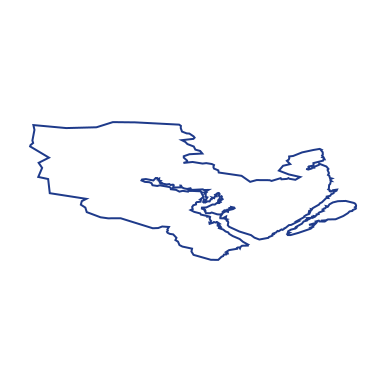 the district of Vevelstad nor, Nordland, Norway, rotated 184°
{"feature_id": "86288312B90944773523196", "entity_name": "Vevelstad nor", "entity_type": "district", "adm_level": 2, "iso_a3": "NOR", "parent_name": "Norway", "parent_adm1": "Nordland", "projection": "equal_earth", "projection_center": [12.558, 65.653], "detail": "fine", "context": "isolated", "style": "outline", "palette": "blue", "viewbox_px": 384, "rotation_deg": 184, "n_neighbors": 0, "source": "geoboundaries", "source_scale": "gbopen_adm2", "svg_char_len": 5983}
<svg xmlns="http://www.w3.org/2000/svg" viewBox="0 0 384 384"><g transform="rotate(184 192 192)"><path d="M161.1,126.1L158.0,129.5L156.5,130.2L155.8,131.8L153.6,132.1L153.6,132.7L152.0,133.1L152.4,134.1L153.8,134.5L151.0,136.6L143.1,138.5L143.3,139.3L142.3,139.9L140.9,140.0L140.2,139.1L139.8,140.6L138.3,141.9L131.7,142.5L133.6,142.9L132.5,143.5L137.7,145.9L141.1,148.4L148.3,150.9L152.0,152.8L153.0,154.2L155.8,155.0L158.2,156.7L162.7,157.9L162.5,158.6L160.8,159.1L161.7,160.1L162.9,160.0L162.6,160.8L164.1,160.6L164.1,161.5L163.3,161.5L163.4,162.8L164.0,162.9L163.4,162.9L164.9,163.8L166.0,163.8L165.4,163.5L166.2,163.2L168.8,163.7L168.3,163.4L168.7,162.9L172.2,161.5L172.5,162.5L172.0,162.4L170.9,164.4L171.9,165.4L172.5,166.6L172.2,168.4L172.8,168.7L174.7,168.5L174.5,169.0L181.6,170.1L182.3,171.2L188.3,172.3L192.1,173.9L190.1,175.0L190.8,177.1L189.7,178.9L187.1,179.9L187.3,181.4L186.6,182.2L182.8,182.9L182.5,185.1L183.2,185.2L180.2,187.9L182.6,191.9L182.3,192.5L183.7,193.3L191.7,193.1L195.8,192.8L196.0,192.1L201.3,192.5L204.6,191.5L208.0,193.0L213.3,193.3L213.6,194.8L215.1,195.4L224.6,196.4L227.1,195.6L231.9,196.0L233.0,198.0L235.3,198.8L239.7,198.8L243.2,200.0L242.7,201.0L238.9,201.7L231.3,200.8L229.2,203.4L227.7,203.5L227.3,202.2L225.7,203.1L225.8,201.2L224.7,201.0L225.4,200.6L224.4,200.0L224.9,200.0L224.8,199.0L224.0,198.5L217.8,197.8L215.1,198.3L213.9,197.5L211.5,198.0L210.7,197.5L210.9,196.2L211.6,195.9L211.0,196.0L211.2,195.2L203.5,195.8L204.0,197.6L203.4,197.6L202.2,195.8L199.9,195.0L197.1,194.7L194.9,195.3L195.2,194.8L193.5,195.0L192.1,194.1L181.4,195.4L180.2,194.8L175.8,195.2L177.1,194.3L178.4,194.4L178.7,193.0L179.5,192.6L177.8,192.4L179.1,191.1L178.2,191.0L178.0,188.1L176.3,187.7L177.3,185.8L178.3,185.2L179.6,185.6L180.2,182.8L179.7,182.4L177.6,183.6L177.6,182.7L175.7,183.8L173.8,183.8L172.6,186.3L171.8,186.3L171.6,187.5L171.0,187.5L171.3,187.8L169.4,187.4L169.0,189.1L167.3,189.4L168.5,190.8L167.1,191.1L167.3,192.0L165.8,192.9L165.0,192.8L164.3,191.9L165.2,190.6L164.1,189.1L162.3,189.9L162.0,189.5L162.6,188.9L162.0,188.3L162.4,186.6L160.2,187.4L162.5,185.9L164.1,187.1L165.2,185.8L165.3,184.7L163.4,185.2L162.7,184.1L164.1,183.8L164.0,182.9L166.5,182.7L168.3,181.1L170.8,180.9L176.6,177.6L181.0,177.1L181.0,176.1L177.8,175.2L177.4,174.4L178.1,174.3L176.6,171.8L172.5,172.1L170.9,172.9L165.3,171.5L162.5,171.5L160.6,172.2L159.7,173.5L160.1,174.2L158.4,176.0L155.4,176.2L155.5,176.8L153.8,177.2L153.7,178.6L151.5,179.1L151.8,179.8L148.8,179.4L148.4,178.8L149.9,177.8L154.5,176.4L154.7,174.7L156.7,175.2L159.6,173.4L161.9,169.5L161.7,168.3L162.7,167.8L159.7,167.8L156.3,169.9L156.4,168.8L157.7,167.7L155.2,167.2L155.9,166.8L155.3,165.7L154.2,165.4L153.7,164.2L154.0,161.4L152.6,159.9L142.0,155.9L130.1,153.1L126.5,150.8L121.5,149.3L112.6,151.6L112.1,152.5L108.8,154.0L108.9,154.9L107.5,155.6L108.1,156.2L105.3,157.5L104.0,159.1L102.8,158.9L100.1,160.9L98.8,160.8L99.9,160.3L98.6,160.8L97.2,162.0L97.9,162.1L96.3,162.6L93.0,165.7L90.8,166.1L83.8,170.2L85.4,170.3L78.6,174.6L78.4,175.5L76.3,177.1L73.4,178.4L72.5,180.9L74.0,180.0L73.8,181.4L72.0,182.1L71.5,182.6L71.9,183.2L71.0,183.1L70.6,184.2L64.3,188.4L63.8,189.5L61.7,190.8L57.5,195.5L55.5,195.5L55.8,196.1L57.2,196.2L57.3,196.8L53.8,197.9L53.1,199.4L50.7,200.7L50.7,201.8L47.9,203.4L47.5,204.5L51.6,203.6L53.4,202.1L54.6,202.4L54.6,203.3L56.2,204.1L55.7,204.7L55.7,208.5L54.7,209.7L54.3,212.7L53.8,212.7L54.8,213.4L54.9,214.4L53.4,215.2L55.4,215.6L56.2,217.8L57.5,218.5L56.7,220.4L58.3,223.4L57.5,224.5L59.7,226.8L67.1,229.1L67.3,227.9L71.9,225.6L71.7,224.8L73.9,224.5L74.2,223.8L77.6,222.5L79.8,223.0L78.4,222.8L77.1,223.6L77.5,224.8L76.9,224.8L77.0,225.7L73.2,226.7L72.6,227.4L72.9,229.3L63.5,232.4L63.1,233.7L62.0,233.8L63.0,235.5L64.4,235.8L63.8,236.5L64.8,237.5L64.1,238.4L64.4,240.8L66.4,242.9L65.9,243.2L67.6,243.9L73.8,242.4L84.9,239.2L93.6,235.0L97.6,234.2L97.3,232.5L97.8,231.0L99.5,229.7L96.0,226.7L103.0,224.5L106.8,219.4L96.7,216.3L85.1,214.5L89.7,211.4L95.9,212.0L96.7,212.6L98.2,211.7L103.7,210.9L104.5,212.0L113.4,208.6L115.5,209.2L128.4,208.4L134.7,206.2L143.7,211.6L166.7,213.3L167.3,215.4L171.7,216.9L172.4,218.4L171.9,220.4L174.2,221.3L179.8,221.8L183.4,221.1L193.5,222.0L202.6,220.4L198.8,221.8L199.1,223.0L202.6,225.7L202.7,227.1L197.2,229.5L184.4,231.1L186.7,233.5L191.6,234.5L193.4,237.5L199.9,239.5L202.2,241.5L205.8,243.0L194.3,245.1L193.2,246.4L194.3,247.6L198.7,250.1L201.4,250.1L206.2,251.6L207.7,255.0L207.7,257.2L209.5,258.3L253.6,257.5L275.8,256.2L291.8,249.9L321.9,247.0L354.9,247.7L353.5,243.0L354.8,232.2L353.9,229.8L356.3,227.6L356.7,226.2L337.1,216.3L347.0,210.4L343.2,205.6L346.4,196.3L336.4,194.9L333.8,180.9L296.9,177.8L301.3,175.2L302.0,171.6L297.3,169.0L295.6,164.6L281.5,160.4L274.0,159.9L261.2,160.8L228.6,153.1L223.2,153.7L219.3,155.5L212.6,155.5L214.0,152.8L213.4,151.9L214.2,150.6L213.5,149.6L211.3,148.7L207.8,148.4L204.3,145.2L205.2,142.9L202.5,141.5L200.8,138.2L197.8,136.9L188.0,135.5L188.4,132.6L186.1,129.4L168.5,125.7L161.1,126.1ZM93.4,155.7L90.7,155.9L83.1,158.6L71.0,163.7L70.3,164.4L71.1,164.8L68.6,165.7L68.8,166.6L67.8,166.9L68.6,166.8L67.4,168.1L73.0,167.4L65.8,170.0L65.6,170.4L66.9,170.6L65.8,170.9L66.3,171.3L63.5,172.3L62.6,171.5L57.5,171.8L57.0,172.2L61.5,172.4L56.5,173.1L54.6,174.1L46.9,174.8L39.4,178.6L35.0,181.8L33.5,183.6L30.7,184.3L30.4,185.2L27.6,186.6L27.3,187.3L28.4,188.2L27.4,189.0L27.4,190.2L28.3,191.7L29.8,192.4L38.0,193.8L45.8,193.0L50.8,191.4L54.1,189.2L55.3,187.0L57.3,187.3L56.8,186.5L58.0,186.4L57.4,186.3L57.8,185.1L59.1,184.8L59.6,183.8L61.4,183.7L60.0,183.4L60.3,182.7L59.6,182.3L63.6,180.5L64.3,179.8L64.1,178.8L66.2,178.4L66.2,177.4L67.4,176.4L68.3,176.5L67.9,175.8L70.0,174.6L70.4,174.7L69.8,176.0L70.6,175.8L70.9,174.8L72.7,173.6L73.2,173.6L73.0,174.3L75.5,174.0L74.3,172.8L75.6,172.4L74.9,172.0L75.2,171.6L78.6,170.4L80.1,168.1L85.9,164.4L86.4,163.6L85.6,163.4L86.3,162.8L90.6,161.4L93.3,159.6L93.6,158.2L91.9,158.1L94.1,156.5L93.4,155.7Z" fill="none" stroke="#1e3a8a" stroke-width="2"/></g></svg>